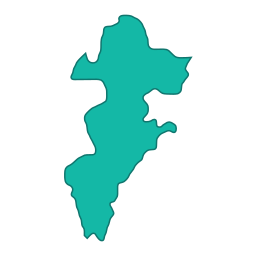 Tenares, Hermanas, Dominican Republic
{"feature_id": "3306468B80209753736626", "entity_name": "Tenares", "entity_type": "district", "adm_level": 2, "iso_a3": "DOM", "parent_name": "Dominican Republic", "parent_adm1": "Hermanas", "projection": "orthographic", "projection_center": [-70.314, 19.443], "detail": "fine", "context": "isolated", "style": "filled", "palette": "teal", "viewbox_px": 256, "rotation_deg": 0, "n_neighbors": 0, "source": "geoboundaries", "source_scale": "gbopen_adm2", "svg_char_len": 4940}
<svg xmlns="http://www.w3.org/2000/svg" viewBox="0 0 256 256"><path d="M191.2,57.4L186.8,57.7L182.4,57.8L179.5,57.8L177.4,57.5L176.1,57.1L174.8,56.4L173.2,55.0L170.1,52.0L169.1,51.0L167.9,50.2L166.6,49.6L165.2,49.4L163.0,49.2L156.2,49.3L154.0,49.3L152.6,49.1L151.9,48.9L150.7,48.4L150.2,48.0L149.3,47.1L148.6,46.0L148.4,45.4L148.1,44.0L147.8,39.7L147.5,38.3L146.0,34.9L145.7,33.7L145.2,31.1L144.8,29.9L143.2,26.6L142.2,24.2L141.5,23.2L140.7,22.1L139.2,20.5L138.1,19.6L136.9,18.8L134.6,17.8L132.4,16.6L131.3,16.1L129.2,15.6L126.3,15.4L124.1,15.4L122.1,15.6L120.8,16.0L119.8,16.7L119.2,17.5L118.9,18.5L118.9,18.9L119.2,20.5L119.1,21.4L118.6,22.3L117.8,23.1L117.4,23.5L113.0,25.6L111.9,26.0L110.6,26.3L107.5,26.5L106.3,26.7L105.2,27.1L104.8,27.5L104.4,28.0L104.1,28.5L103.8,29.6L103.5,32.7L103.3,34.0L102.9,35.2L101.7,37.9L101.4,39.3L101.1,42.1L101.0,47.9L100.9,49.4L100.7,50.8L100.3,52.0L99.1,54.7L98.7,56.0L98.3,58.5L97.9,59.7L97.2,60.8L96.4,61.7L95.3,62.4L94.7,62.6L94.1,62.8L92.8,62.9L91.5,62.7L90.8,62.6L90.2,62.3L89.1,61.6L88.7,61.2L87.9,60.3L87.3,59.1L86.2,55.7L85.6,53.3L81.9,56.8L79.3,59.4L77.8,61.1L76.6,62.8L75.6,65.2L73.9,68.4L73.5,69.7L72.8,72.8L72.3,73.9L71.6,75.4L71.2,76.3L71.1,77.5L71.3,78.0L71.6,78.6L72.1,79.0L72.6,79.2L73.2,79.4L74.5,79.5L96.6,79.3L98.8,79.5L100.1,79.8L100.8,80.0L101.4,80.3L102.3,81.1L103.1,82.0L103.5,82.5L106.1,88.1L106.5,89.5L106.7,90.9L106.8,96.0L106.7,98.1L106.5,99.4L106.1,100.6L105.8,101.1L105.4,101.5L101.5,103.9L98.0,105.4L95.3,106.8L93.0,107.8L91.8,108.5L89.5,110.4L87.0,112.9L85.6,114.6L85.0,115.8L84.8,116.5L84.6,117.8L84.7,119.8L85.0,121.0L86.3,123.7L86.7,124.9L87.0,126.9L87.4,130.2L87.8,132.1L88.3,133.2L89.5,135.4L90.5,137.8L92.3,141.0L93.4,143.3L94.8,146.0L95.3,147.2L95.7,149.1L95.7,151.1L95.5,152.3L95.1,153.4L94.7,153.9L94.2,154.3L93.0,154.7L91.7,154.8L86.8,154.9L84.7,155.2L83.6,155.7L81.4,156.8L79.1,157.9L78.0,158.6L76.9,159.5L73.4,162.7L71.8,164.0L70.3,165.0L68.1,166.1L67.1,166.8L66.3,167.7L65.6,168.7L65.4,169.4L65.0,170.8L64.8,173.6L64.8,177.2L65.0,179.4L65.4,181.4L66.0,182.6L66.8,183.6L68.2,184.7L69.8,185.4L70.8,186.0L71.6,186.8L72.0,187.3L72.5,188.3L72.7,188.9L72.7,190.1L72.4,191.2L71.8,192.6L71.5,193.5L71.4,194.6L71.5,195.1L71.7,195.6L72.0,196.0L73.6,197.3L74.4,198.0L75.1,199.0L75.6,200.2L75.9,201.5L76.5,205.9L76.8,207.2L78.3,210.6L79.5,215.7L81.0,219.0L81.4,220.4L81.9,224.5L82.2,225.7L82.5,226.3L83.6,227.9L84.1,229.0L84.4,231.0L84.4,235.5L87.2,238.3L89.6,235.7L91.1,234.3L92.1,233.6L92.7,233.4L93.3,233.3L93.9,233.3L94.4,233.5L94.9,233.7L95.3,234.1L96.5,236.0L97.6,237.6L98.9,239.1L99.8,239.9L100.9,240.5L101.5,240.6L102.1,240.6L102.7,240.5L103.2,240.2L103.6,239.7L104.0,238.7L104.6,235.9L105.8,233.2L106.2,232.0L106.9,228.8L107.2,227.5L108.5,224.8L108.9,223.6L109.9,219.8L110.4,218.6L111.1,217.5L112.7,215.5L113.4,214.5L113.6,213.9L113.7,213.3L113.5,212.2L111.6,208.0L110.2,205.6L110.0,204.5L110.0,203.9L110.1,203.4L110.4,202.9L110.8,202.6L111.7,202.2L113.6,201.6L114.5,201.0L116.3,198.1L117.2,196.5L117.5,195.1L117.6,193.7L117.6,186.5L117.8,185.2L118.2,184.1L118.6,183.6L119.1,183.3L119.6,183.0L122.3,182.3L122.9,182.1L124.1,181.5L125.7,180.2L127.1,178.7L128.3,177.0L129.7,174.1L133.4,169.2L134.8,166.3L135.5,165.3L136.7,163.9L138.1,162.5L139.5,161.4L140.9,160.4L141.7,159.7L142.2,158.7L143.0,155.9L143.5,154.7L144.2,153.5L145.6,152.0L147.2,150.7L148.4,150.1L149.7,149.8L154.0,149.4L155.1,149.0L155.5,148.6L155.9,148.1L156.2,147.5L156.4,146.3L156.6,140.7L156.8,139.3L157.0,138.7L157.3,138.0L158.1,136.9L158.9,135.8L159.9,134.8L161.0,133.9L162.2,133.2L166.6,131.2L167.7,130.8L169.0,130.7L170.2,130.9L172.5,132.1L173.5,132.4L174.0,132.4L174.6,132.3L175.1,132.0L175.5,131.5L175.8,131.0L176.0,130.5L176.2,128.7L176.0,126.9L175.6,125.7L175.2,125.2L174.3,124.4L171.9,122.9L170.8,122.4L169.6,122.1L168.9,122.1L168.3,122.2L167.1,122.5L163.2,124.9L161.4,126.6L160.4,127.0L159.3,127.1L158.2,126.9L157.7,126.7L157.2,126.3L156.9,125.8L156.6,124.8L156.4,122.0L156.2,120.9L156.0,120.4L155.7,120.0L155.2,119.7L154.7,119.5L154.1,119.5L153.6,119.6L152.6,119.9L151.2,120.8L150.1,121.2L148.8,121.6L147.5,121.7L146.3,121.8L145.1,121.7L144.6,121.6L144.1,121.3L143.6,120.9L143.3,120.4L143.1,119.8L143.1,119.2L143.2,118.6L143.8,117.6L146.4,114.7L147.2,113.6L147.5,113.0L147.7,112.4L148.1,111.1L148.2,109.1L148.1,107.0L147.8,105.7L147.5,105.1L146.8,103.9L144.2,100.9L143.5,99.8L143.1,98.6L143.1,97.3L143.2,96.7L143.8,95.6L144.2,95.2L145.1,94.4L146.1,93.7L148.4,92.6L152.6,89.4L153.8,88.9L154.4,88.8L155.7,88.8L156.9,89.2L158.0,89.9L160.5,92.0L161.6,92.8L162.9,93.4L164.2,93.7L166.3,93.9L168.5,94.0L173.5,94.1L175.7,94.0L177.0,93.8L177.7,93.7L178.3,93.4L179.4,92.7L180.2,91.9L180.6,91.4L181.1,90.2L181.3,88.9L181.7,85.2L182.0,84.1L182.2,83.6L183.5,82.1L185.1,79.6L187.1,77.2L187.8,76.2L188.1,75.6L188.3,75.1L188.3,74.5L188.3,73.9L187.8,72.8L186.4,71.0L185.8,70.0L185.5,69.5L185.4,68.9L185.4,68.4L185.7,67.3L187.3,63.5L191.2,57.4Z" fill="#14b8a6" stroke="#0f766e" stroke-width="1.5"/></svg>